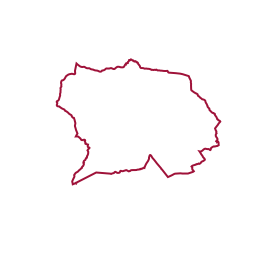 the district of Provita De Sus, Prahova, Romania, rotated 129°
{"feature_id": "2599482B41461583551920", "entity_name": "Provita De Sus", "entity_type": "district", "adm_level": 2, "iso_a3": "ROU", "parent_name": "Romania", "parent_adm1": "Prahova", "projection": "albers", "projection_center": [25.633, 45.139], "detail": "fine", "context": "isolated", "style": "outline", "palette": "rose", "viewbox_px": 256, "rotation_deg": 129, "n_neighbors": 0, "source": "geoboundaries", "source_scale": "gbopen_adm2", "svg_char_len": 5716}
<svg xmlns="http://www.w3.org/2000/svg" viewBox="0 0 256 256"><g transform="rotate(129 128 128)"><path d="M110.3,208.6L116.9,205.2L118.7,203.5L119.0,203.3L119.5,203.3L119.8,203.4L120.1,203.7L120.4,204.2L120.8,205.1L121.2,205.8L123.1,207.4L124.1,208.0L126.5,208.7L127.6,208.6L129.1,208.3L130.3,208.2L131.6,208.5L132.7,209.3L133.2,209.3L134.4,208.9L135.2,208.3L135.5,208.0L135.8,207.4L137.0,206.6L137.5,206.0L137.9,205.8L138.9,205.8L139.6,205.5L140.4,204.6L141.5,203.9L142.9,202.8L144.2,202.3L144.6,202.0L145.2,201.4L145.6,201.1L147.3,200.5L149.1,199.7L149.9,199.5L150.7,199.5L151.6,200.0L152.2,200.0L152.5,199.9L152.7,199.7L153.1,198.6L155.0,197.8L155.5,196.7L155.2,196.0L154.5,194.9L154.5,194.4L154.6,193.9L154.5,193.1L154.4,191.7L153.9,189.7L153.7,189.0L154.2,187.6L154.2,187.4L153.9,186.7L153.8,185.6L153.8,183.9L154.0,182.9L153.9,181.6L153.7,180.4L153.7,179.9L153.8,179.6L154.4,178.9L154.5,178.5L154.6,176.9L154.2,176.4L155.2,174.8L157.3,172.0L157.9,171.6L159.6,170.7L160.1,170.2L161.1,168.7L162.2,167.2L164.1,163.8L165.6,163.6L167.4,163.2L166.6,162.3L166.0,161.2L166.1,158.3L166.5,157.4L166.6,156.7L166.5,156.4L166.3,156.0L164.9,154.9L164.5,154.4L164.4,154.0L164.7,153.4L165.7,153.1L165.8,152.9L166.0,152.0L166.1,151.8L166.4,151.5L167.0,151.3L167.0,150.9L166.4,149.6L166.4,149.1L166.1,148.6L167.3,148.0L167.8,147.5L168.1,146.5L167.6,145.9L167.6,145.7L167.7,145.4L167.9,145.4L168.4,145.6L168.8,145.4L170.0,145.5L170.9,145.4L171.3,144.3L171.6,143.8L172.1,143.5L173.2,142.7L173.6,142.6L174.3,142.3L175.8,142.1L176.0,141.8L176.6,141.6L176.9,141.3L177.3,141.3L178.1,141.7L179.1,141.2L179.7,141.1L181.1,141.5L181.4,141.5L182.6,141.1L182.6,140.9L182.8,140.8L182.6,140.6L182.7,140.3L183.3,140.2L184.1,139.4L185.7,139.0L187.0,139.2L188.1,138.7L188.6,139.0L189.8,139.0L191.6,139.4L193.4,139.5L195.8,140.4L198.2,140.3L198.6,140.1L198.7,139.8L199.3,139.2L200.0,138.9L201.9,138.5L204.5,137.8L204.9,137.5L205.5,136.6L206.5,135.5L205.5,134.9L204.0,134.2L203.9,133.6L203.3,134.0L203.0,133.9L202.7,133.7L202.4,133.3L201.4,133.1L201.1,132.9L182.6,124.7L174.6,113.0L174.3,112.2L173.3,111.7L172.1,110.8L171.7,110.6L170.7,110.6L170.2,110.4L169.9,110.0L169.8,108.9L169.6,108.1L168.8,107.1L168.3,106.7L167.9,106.5L167.5,106.5L166.4,106.9L166.0,106.8L165.7,106.4L165.4,105.7L164.9,104.9L161.9,102.9L161.5,101.7L161.3,100.3L161.1,100.0L160.5,99.7L160.0,99.3L159.4,99.3L158.5,98.7L157.7,97.8L156.5,96.3L155.3,95.0L154.6,94.6L153.1,93.1L152.3,92.8L152.2,92.4L151.7,92.3L151.6,92.0L151.1,91.9L150.7,91.4L150.2,91.1L149.7,91.1L149.4,90.9L149.1,90.9L148.9,90.7L148.7,90.1L147.8,90.5L147.2,90.6L146.4,90.9L144.1,91.4L140.8,91.7L138.7,92.3L137.7,93.1L135.7,93.9L135.3,93.9L135.1,93.7L134.9,93.5L134.9,93.2L135.0,92.4L135.8,90.4L136.3,87.6L136.9,85.0L137.3,83.4L138.5,77.0L138.9,76.2L138.9,75.9L138.8,75.7L141.0,66.1L137.4,64.3L134.5,63.1L133.8,62.6L130.2,58.7L128.9,56.7L125.6,52.7L121.2,49.9L120.2,49.6L119.9,50.7L119.9,51.4L119.7,51.9L119.2,52.5L118.2,53.2L118.0,54.4L117.5,54.4L116.4,54.0L114.7,52.9L114.1,52.4L114.0,52.5L113.0,52.0L112.7,51.8L112.2,51.1L111.2,50.8L110.9,49.9L110.7,49.8L109.5,49.5L108.6,49.6L107.9,49.6L106.6,48.9L105.5,48.5L104.3,48.3L104.0,48.6L103.7,49.3L103.6,49.9L103.5,50.8L103.3,51.6L102.8,52.6L102.3,54.6L101.7,56.1L101.2,57.7L100.9,57.1L100.0,56.4L98.9,56.0L96.9,55.7L95.8,55.2L95.5,55.0L94.5,53.1L93.6,52.0L93.5,51.7L93.5,50.6L93.4,50.2L93.1,50.1L92.4,50.3L91.4,50.8L90.6,50.7L88.7,50.0L88.2,49.6L88.0,49.4L87.9,49.0L85.9,47.5L85.8,47.3L84.3,46.7L82.3,48.5L81.9,49.3L81.9,49.5L82.1,49.6L82.9,49.9L82.7,50.1L82.8,51.1L82.0,51.2L81.2,51.0L80.5,51.3L80.2,51.6L79.8,52.3L79.4,53.8L79.0,54.4L79.0,54.7L78.9,54.8L78.1,55.5L77.3,55.8L76.4,55.8L75.7,56.9L75.1,57.1L74.8,57.6L74.6,58.3L74.4,58.7L73.5,60.1L68.5,60.2L67.8,60.4L65.0,60.3L64.9,60.6L64.7,61.0L64.8,61.8L65.1,62.6L65.0,62.9L64.8,63.5L65.0,63.9L65.0,64.2L64.5,64.9L63.8,66.3L63.3,68.3L63.0,68.8L62.5,69.2L62.4,69.5L62.7,70.0L62.5,70.6L62.5,71.0L63.0,71.7L63.1,72.5L63.0,73.3L63.0,74.0L62.8,74.8L62.8,75.7L62.5,76.3L62.0,76.7L61.7,77.1L61.7,77.3L61.6,78.8L61.3,79.7L60.9,79.9L60.5,80.8L59.8,82.1L59.5,83.1L59.0,84.1L58.2,85.1L58.1,85.5L58.1,86.2L58.3,87.1L59.0,88.5L58.9,89.6L59.0,91.1L58.7,92.5L58.9,93.2L58.9,93.6L58.8,94.1L58.1,95.0L58.0,95.3L58.1,95.6L58.1,96.4L58.5,97.5L58.5,98.1L58.7,99.3L58.8,102.1L58.8,102.4L58.5,102.9L57.8,103.6L54.9,106.1L54.0,106.7L53.1,107.8L52.0,108.6L51.7,108.9L50.2,112.2L49.5,113.2L49.5,113.6L51.8,119.4L52.9,121.6L55.4,125.5L59.0,130.7L59.4,131.4L59.4,131.8L58.9,132.8L58.8,133.3L60.0,134.6L60.6,135.4L61.1,136.0L62.2,137.8L62.9,138.7L63.5,139.9L64.6,141.2L64.7,141.6L64.7,142.3L64.8,142.7L65.0,142.9L65.4,143.0L65.8,143.5L66.2,144.2L67.0,144.8L67.5,145.8L67.9,146.2L68.1,146.4L68.1,147.4L68.4,147.9L68.8,148.9L69.5,149.8L70.3,151.2L71.4,152.4L71.9,153.9L72.6,154.8L73.2,155.7L73.2,156.3L73.1,156.8L72.4,157.8L72.2,158.4L71.8,160.4L71.2,161.2L71.1,161.7L71.1,162.1L71.4,162.2L71.6,162.6L71.3,163.8L71.4,164.3L71.7,164.6L72.2,164.7L72.4,165.1L72.4,165.3L72.2,166.2L72.2,166.4L72.7,166.8L72.6,167.6L72.8,168.3L72.7,168.5L73.0,169.0L73.6,168.9L74.0,169.0L74.2,169.6L74.5,169.9L75.7,169.4L76.7,169.6L77.0,169.5L77.7,169.0L78.1,169.3L78.6,170.0L79.0,170.2L79.5,170.1L80.0,169.6L80.3,170.0L80.5,170.1L82.7,169.7L83.5,169.8L84.1,170.2L85.2,171.5L86.1,173.5L86.6,174.2L87.2,174.8L88.4,175.2L90.5,175.6L91.0,176.0L91.4,176.7L91.9,178.4L92.1,178.9L93.8,180.2L95.3,182.2L95.8,182.5L97.2,182.7L98.0,183.0L98.4,183.2L99.7,184.3L100.7,184.3L101.3,184.6L101.8,185.2L102.1,185.7L102.5,187.3L102.7,187.9L103.9,189.8L104.2,190.5L104.5,191.7L105.6,193.7L105.9,195.6L107.2,197.2L107.6,198.1L107.9,200.3L108.2,200.8L109.4,201.9L109.7,202.4L110.2,203.6L110.3,204.2L110.4,207.1L110.3,208.6Z" fill="none" stroke="#9f1239" stroke-width="2"/></g></svg>